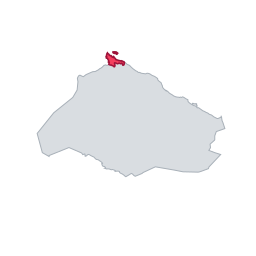 where Jizan sits in Saudi Arabia, rotated 150°
{"feature_id": "SAU-887", "entity_name": "Jizan", "entity_type": "Region", "adm_level": 1, "iso_a3": "SAU", "parent_name": "Saudi Arabia", "parent_adm1": "", "projection": "robinson", "projection_center": [42.341, 17.347], "detail": "fine", "context": "in_parent", "style": "filled", "palette": "rose", "viewbox_px": 256, "rotation_deg": 150, "n_neighbors": 0, "source": "natural_earth", "source_scale": "10m", "svg_char_len": 6900}
<svg xmlns="http://www.w3.org/2000/svg" viewBox="0 0 256 256"><g transform="rotate(150 128 128)"><path d="M184.7,178.3L161.5,181.9L160.3,182.2L153.1,186.3L148.2,193.1L147.0,196.3L146.4,196.8L145.5,197.4L144.6,197.9L143.2,197.8L141.5,195.3L141.1,194.8L140.7,194.8L137.6,195.2L131.1,194.5L130.1,194.3L128.6,193.5L128.3,193.3L127.9,193.3L124.5,193.2L122.9,193.5L121.3,193.4L119.6,193.6L119.0,193.9L118.4,193.9L118.0,194.1L117.6,194.3L117.2,194.0L116.7,194.1L115.9,193.9L115.4,193.3L115.0,192.9L114.5,192.6L113.9,192.4L113.5,192.4L112.9,192.7L112.5,193.0L111.6,193.9L111.5,194.3L112.0,194.8L111.8,195.1L111.3,195.4L111.1,196.3L111.0,196.8L111.0,197.9L111.2,198.8L111.5,199.2L111.5,199.6L111.4,200.4L110.9,200.6L110.5,201.3L110.3,201.7L109.9,202.1L108.3,203.4L108.2,202.6L107.7,201.5L107.7,200.7L107.5,199.9L107.0,199.3L106.3,198.6L106.2,197.8L105.6,196.9L104.8,196.2L104.4,194.9L104.1,193.2L102.1,191.0L99.6,188.9L98.8,187.7L97.5,185.4L96.9,183.5L95.2,181.3L95.2,180.5L94.9,179.5L94.5,178.3L94.3,177.4L92.6,173.5L92.1,172.9L91.6,172.0L91.5,171.4L91.3,171.0L90.2,170.4L89.0,168.7L85.7,166.1L84.1,165.9L82.8,164.9L81.9,163.7L80.9,161.6L79.1,159.3L77.6,156.1L78.1,154.9L78.0,154.1L77.6,152.7L77.1,151.7L76.7,150.6L77.0,149.2L77.1,147.6L77.4,146.7L77.7,145.8L77.4,143.8L76.9,142.8L76.9,142.1L76.4,141.8L75.9,141.1L76.4,141.1L75.5,140.0L75.2,139.5L74.9,138.1L74.5,137.0L73.1,134.6L72.5,133.1L71.1,131.2L69.5,129.8L68.5,129.2L68.1,128.6L67.2,128.6L66.4,127.7L65.7,127.7L65.0,127.6L64.0,126.0L63.3,124.5L62.0,122.5L62.3,122.0L62.7,121.2L62.6,120.1L62.4,119.4L61.8,118.0L60.0,114.7L59.5,114.2L58.7,113.6L58.2,112.2L58.0,110.9L56.7,110.2L54.6,105.5L53.3,103.9L52.8,102.8L51.4,101.0L50.7,99.2L49.2,97.5L48.0,94.6L46.1,91.7L45.2,91.2L43.2,91.0L42.3,90.8L41.5,91.5L41.5,90.7L42.0,89.6L42.9,87.2L43.1,85.2L44.4,79.1L53.0,80.7L53.5,80.6L56.8,77.8L58.7,74.5L59.1,74.2L64.9,73.0L65.1,72.8L66.3,69.9L66.5,69.8L66.6,69.6L69.2,68.2L65.2,63.3L61.0,58.7L77.3,53.8L77.5,53.7L78.7,52.6L85.8,53.8L88.6,54.4L89.5,54.8L102.3,62.6L108.7,68.2L123.6,80.6L123.8,80.7L137.2,81.9L138.6,81.6L142.3,82.1L145.9,82.6L146.7,84.1L146.9,85.1L147.2,86.1L147.9,87.0L151.0,86.9L154.2,86.9L154.7,87.8L154.9,88.7L155.8,90.8L157.0,92.5L157.3,93.1L157.5,94.0L157.3,94.3L157.2,94.7L158.1,95.6L159.6,96.4L160.2,96.6L160.9,96.9L160.3,97.5L161.2,98.7L162.3,99.9L163.4,100.2L164.9,102.1L167.1,103.3L168.4,104.9L167.9,104.8L167.4,104.5L167.3,105.4L167.5,106.2L168.2,106.9L168.8,107.4L169.0,108.3L168.6,110.3L168.4,110.3L168.1,110.1L167.8,110.1L167.6,110.2L168.0,111.6L168.4,112.7L168.9,113.6L169.4,114.8L169.7,115.4L171.2,116.7L171.6,117.9L172.1,120.0L173.0,121.1L173.5,122.0L174.1,122.8L174.6,123.9L175.2,124.7L175.5,124.9L176.0,125.0L176.6,125.0L177.3,124.8L178.0,124.6L178.6,125.0L179.2,124.9L179.2,125.3L178.8,125.8L178.4,127.1L179.1,127.3L179.8,127.4L180.2,127.6L180.5,127.6L180.5,127.9L180.6,129.1L180.7,129.6L188.9,140.6L210.0,143.6L210.6,142.8L214.5,149.5L209.4,168.7L184.7,178.3ZM101.5,200.1L102.2,200.2L101.9,199.8L101.9,199.7L102.1,199.3L103.1,200.2L103.0,201.2L103.0,201.5L102.7,201.3L102.5,201.0L102.5,200.8L102.2,200.5L101.3,200.7L100.8,200.4L100.0,199.5L99.8,198.8L100.1,198.7L100.5,198.4L100.7,197.9L100.5,197.4L101.0,197.4L101.2,198.0L101.3,199.2L101.3,199.5L101.2,199.8L101.5,200.1ZM59.8,117.1L59.6,117.1L59.0,116.5L58.7,116.0L58.3,115.7L56.8,115.0L56.5,114.6L56.8,114.2L57.0,114.6L57.2,114.9L58.5,115.5L60.0,116.7L60.2,116.8L59.8,117.1ZM57.3,114.0L57.2,114.1L56.9,113.8L56.9,113.0L57.2,112.6L57.2,113.2L57.3,113.8L57.3,114.0Z" fill="#d9dde1" stroke="#a8b0b8" stroke-width="1"/><path d="M111.5,200.4L111.5,200.6L111.3,200.6L111.0,200.5L110.8,200.5L110.7,200.5L110.6,200.8L110.6,201.0L110.4,201.7L110.3,201.8L110.1,202.0L109.7,202.2L109.6,202.3L109.3,202.3L109.2,202.4L109.2,202.5L109.2,202.8L108.9,203.1L108.6,203.2L108.2,203.4L108.2,203.0L108.2,202.9L108.3,202.6L108.2,202.4L107.8,201.9L107.7,201.7L107.7,201.1L107.8,200.7L107.6,200.5L107.7,200.4L107.5,200.2L107.5,199.9L107.3,199.6L107.2,199.6L107.1,199.4L106.9,199.1L106.6,198.9L106.4,199.0L106.2,198.5L106.3,198.1L106.2,198.0L106.2,197.5L106.2,197.3L106.0,197.2L105.9,197.0L105.6,197.0L105.4,196.9L105.2,196.5L105.2,196.3L105.1,196.0L105.1,195.9L104.6,195.6L104.6,195.8L104.8,196.2L104.7,196.3L104.8,197.0L104.7,197.1L104.6,196.9L104.6,196.3L104.6,196.1L104.5,195.7L104.3,194.4L104.3,194.2L104.2,194.0L104.3,193.5L104.3,193.3L104.2,193.1L103.9,193.0L103.9,192.9L103.8,192.7L102.9,191.9L102.7,191.6L102.5,191.4L102.5,191.2L102.4,191.1L102.2,191.1L102.0,190.9L101.6,190.5L101.4,190.5L101.1,190.1L100.6,189.5L100.4,189.6L100.1,189.4L99.9,189.4L99.8,189.1L99.7,189.0L99.5,188.9L99.3,188.7L99.0,188.2L98.9,188.0L98.9,187.9L98.9,187.7L98.7,187.6L98.8,187.5L98.7,187.4L98.4,187.1L98.3,186.9L98.3,186.7L98.4,186.2L98.5,186.1L98.7,185.9L98.8,185.8L99.3,185.5L99.5,185.3L99.6,185.2L99.7,184.8L100.7,184.7L101.0,184.8L101.1,185.0L101.1,185.3L101.0,186.5L100.9,186.7L101.0,186.9L101.0,187.2L101.2,187.3L101.3,187.4L101.9,187.3L102.1,187.3L102.3,187.4L102.5,187.5L102.7,187.8L102.8,188.1L102.9,188.3L103.0,188.5L103.4,188.7L104.7,188.7L104.9,188.8L105.1,188.9L105.3,189.1L105.4,189.3L105.5,189.5L105.7,189.9L106.5,190.8L106.7,191.0L106.9,191.1L107.1,191.1L107.3,190.8L107.4,190.7L107.8,189.1L108.0,188.7L108.2,188.3L108.6,188.1L109.0,187.8L109.4,187.9L109.5,188.0L109.5,188.6L109.5,188.8L109.7,189.1L110.3,189.7L110.5,189.9L110.6,190.1L110.9,190.7L111.0,190.9L111.2,191.0L111.8,191.3L112.0,191.4L112.1,191.6L112.8,192.8L112.5,193.0L111.8,193.7L111.4,194.2L111.4,194.3L111.8,194.4L112.0,194.6L112.1,194.8L112.1,195.0L111.9,195.1L111.7,195.1L111.3,195.4L111.2,195.6L111.2,195.8L111.2,196.0L111.0,196.4L111.0,196.6L111.1,196.9L111.1,197.1L111.1,197.3L111.1,197.5L111.0,197.8L110.9,198.1L111.1,198.6L111.2,199.0L111.3,199.0L111.6,199.1L111.8,199.3L111.7,199.5L111.4,199.9L111.4,200.0L111.5,200.2L111.5,200.4ZM103.2,200.2L103.2,200.3L103.2,200.5L103.1,200.9L103.2,201.2L103.1,201.3L102.9,201.4L102.7,201.0L102.3,201.0L102.3,200.9L102.5,200.8L102.6,200.6L102.6,200.4L102.4,200.3L102.1,200.3L101.9,200.4L101.7,200.4L101.6,200.5L101.4,200.6L101.1,200.3L100.9,200.2L100.5,200.0L100.3,199.8L100.2,199.6L100.2,199.3L100.0,199.2L99.9,199.2L99.8,198.9L99.7,198.7L99.6,198.4L99.8,198.5L100.2,198.7L100.4,199.0L100.5,199.1L100.5,199.3L100.6,199.6L100.8,199.8L101.2,199.8L101.3,199.9L101.6,199.9L101.8,200.0L102.2,200.0L101.9,199.9L101.8,199.7L102.0,199.3L102.0,199.2L102.3,199.2L102.5,199.4L102.5,199.5L102.6,199.8L102.8,199.9L102.9,200.0L103.2,200.2ZM101.0,199.4L100.8,199.3L100.7,199.1L100.5,198.8L100.3,198.5L100.3,198.4L100.6,198.3L100.8,198.2L101.0,198.0L101.0,197.8L101.0,197.6L100.9,197.5L100.6,197.5L100.5,197.4L100.4,197.4L100.5,197.2L100.5,197.3L100.8,197.4L101.0,197.5L101.2,197.9L101.2,198.1L101.1,198.3L101.2,198.5L101.4,198.6L101.5,198.8L101.2,198.8L101.1,199.1L101.3,199.2L101.6,199.3L101.7,199.6L101.4,199.5L101.1,199.4L101.0,199.4Z" fill="#f43f5e" stroke="#9f1239" stroke-width="1.5"/></g></svg>